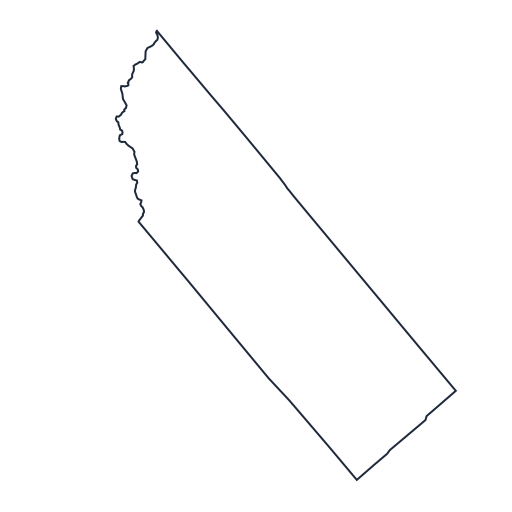 outline of Sheridan, Wyoming, United States of America, rotated 50°
{"feature_id": "52423323B2027306214362", "entity_name": "Sheridan", "entity_type": "district", "adm_level": 2, "iso_a3": "USA", "parent_name": "United States of America", "parent_adm1": "Wyoming", "projection": "robinson", "projection_center": [-107.487, 44.779], "detail": "fine", "context": "isolated", "style": "outline", "palette": "slate", "viewbox_px": 512, "rotation_deg": 50, "n_neighbors": 0, "source": "geoboundaries", "source_scale": "gbopen_adm2", "svg_char_len": 1882}
<svg xmlns="http://www.w3.org/2000/svg" viewBox="0 0 512 512"><g transform="rotate(50 256 256)"><path d="M428.4,189.5L353.2,189.2L273.4,188.9L272.3,188.9L248.9,188.8L233.2,188.7L227.2,188.5L224.7,188.6L219.6,188.0L214.6,187.8L212.5,187.6L158.6,187.2L123.7,187.1L104.8,187.3L95.0,187.3L94.8,187.3L59.6,187.4L19.7,187.2L19.7,187.4L20.6,188.9L23.4,189.5L25.7,190.8L27.0,192.6L27.0,194.3L27.4,196.6L28.0,198.1L28.2,199.6L28.0,201.0L27.7,202.5L26.9,205.4L28.1,208.8L29.9,210.5L32.2,212.6L34.1,214.3L34.3,216.4L34.7,217.7L34.5,219.0L34.0,219.2L32.6,220.3L32.3,223.5L31.8,225.2L31.7,227.6L34.0,229.1L35.5,230.5L37.2,234.1L38.9,235.5L39.5,235.9L39.9,238.2L39.7,240.5L40.6,241.6L40.6,242.4L41.2,243.1L41.9,243.0L43.2,244.1L43.0,245.2L41.8,247.5L40.7,248.3L39.3,250.1L41.1,252.1L46.1,254.2L48.1,255.6L50.3,257.0L54.4,257.7L57.4,258.3L59.1,260.6L59.0,262.2L59.5,263.2L60.4,263.6L60.2,265.2L60.2,266.6L61.0,268.7L61.0,271.5L59.6,273.0L59.8,273.6L60.9,275.3L63.4,276.0L64.9,275.5L67.4,277.0L70.3,277.9L71.9,278.8L73.6,278.0L75.4,278.7L76.7,280.1L76.0,282.7L77.2,284.3L78.6,285.7L80.1,286.5L80.8,286.3L82.4,285.7L83.0,284.5L84.6,282.9L86.9,283.1L89.9,282.7L91.8,282.1L94.2,281.4L98.0,282.1L99.9,284.1L103.0,285.2L106.8,286.5L109.4,288.1L109.8,289.9L111.4,291.1L113.8,290.9L115.5,292.0L115.7,294.3L114.4,295.5L113.5,297.3L114.7,299.9L117.9,301.1L120.8,299.4L121.6,298.7L123.6,299.9L124.2,301.8L126.1,303.8L128.2,306.8L129.6,307.6L131.9,308.4L133.7,309.2L135.9,309.8L136.6,309.5L137.7,309.2L138.4,308.7L139.8,308.0L141.0,309.4L141.8,311.2L143.9,311.8L145.8,311.6L147.7,312.1L149.4,312.8L150.5,313.8L150.9,315.3L152.4,316.7L152.6,318.0L153.2,320.4L153.8,323.2L154.2,323.9L237.8,324.1L292.2,324.5L358.0,324.9L388.1,323.3L450.1,322.7L492.3,322.7L491.9,300.3L491.8,282.6L490.7,278.3L490.6,231.6L488.3,228.2L487.7,189.6L428.4,189.5L428.4,189.5Z" fill="none" stroke="#1e293b" stroke-width="2"/></g></svg>